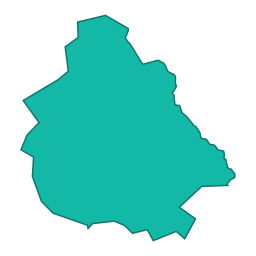 outline of Martin, Kentucky, United States of America
{"feature_id": "52423323B94344797346492", "entity_name": "Martin", "entity_type": "district", "adm_level": 2, "iso_a3": "USA", "parent_name": "United States of America", "parent_adm1": "Kentucky", "projection": "mercator", "projection_center": [-82.442, 37.816], "detail": "fine", "context": "isolated", "style": "filled", "palette": "teal", "viewbox_px": 256, "rotation_deg": 0, "n_neighbors": 0, "source": "geoboundaries", "source_scale": "gbopen_adm2", "svg_char_len": 1267}
<svg xmlns="http://www.w3.org/2000/svg" viewBox="0 0 256 256"><path d="M58.6,79.4L23.2,100.5L39.0,122.6L27.1,135.0L21.0,149.8L33.6,157.1L32.4,176.3L41.4,201.3L53.1,213.2L87.4,225.2L88.1,228.4L92.5,223.6L114.2,221.1L124.7,225.5L132.5,233.3L147.3,229.6L153.2,240.6L176.2,231.4L184.7,238.7L195.5,218.9L179.3,207.2L201.7,186.4L227.7,185.4L227.5,185.2L227.4,183.6L230.6,179.7L234.7,177.5L235.0,174.3L231.1,169.1L229.9,169.0L228.8,168.5L227.2,166.7L227.2,166.0L225.9,159.7L224.9,159.1L224.1,157.9L224.0,156.9L224.5,155.2L223.7,151.3L223.2,150.9L218.1,150.0L214.8,145.5L213.7,144.9L210.6,144.5L209.1,143.7L208.4,142.7L208.0,141.5L206.7,139.7L205.3,138.9L202.4,138.6L200.8,137.9L200.2,133.8L199.5,131.9L196.1,126.9L195.3,126.3L194.6,126.3L187.3,117.3L182.4,113.0L181.7,112.1L179.8,105.9L179.2,105.5L176.6,105.2L174.8,104.3L174.8,103.8L174.2,98.3L173.8,94.7L172.9,94.0L172.5,92.9L172.6,91.9L173.8,91.2L176.5,86.1L175.8,84.7L175.4,82.7L175.5,77.3L175.2,76.0L174.1,74.6L169.6,72.5L167.7,71.3L165.5,65.8L163.8,63.4L158.3,60.2L144.0,64.0L143.3,64.1L142.0,63.3L134.2,50.5L133.7,49.6L129.2,42.8L127.7,41.8L125.5,38.1L125.4,36.9L126.4,35.5L128.3,30.6L128.3,28.6L105.5,15.4L77.7,22.0L78.1,37.5L65.2,46.8L68.3,71.2L58.6,79.4Z" fill="#14b8a6" stroke="#0f766e" stroke-width="1.5"/></svg>